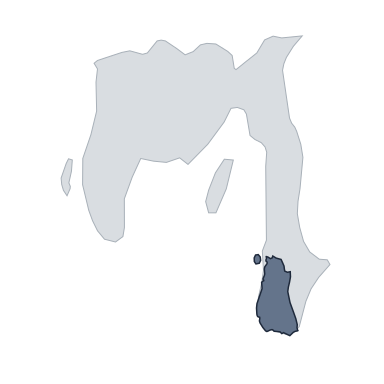 Haiti, with Grand'Anse highlighted, rotated 263°
{"feature_id": "HTI-1359", "entity_name": "Grand'Anse", "entity_type": "Department", "adm_level": 1, "iso_a3": "HTI", "parent_name": "Haiti", "parent_adm1": "", "projection": "robinson", "projection_center": [-74.06, 18.515], "detail": "fine", "context": "in_parent", "style": "filled", "palette": "slate", "viewbox_px": 384, "rotation_deg": 263, "n_neighbors": 0, "source": "natural_earth", "source_scale": "10m", "svg_char_len": 2522}
<svg xmlns="http://www.w3.org/2000/svg" viewBox="0 0 384 384"><g transform="rotate(263 192 192)"><path d="M331.7,110.5L334.1,114.3L339.1,139.5L339.7,147.5L334.7,159.7L335.4,164.6L346.2,175.8L346.5,179.9L345.2,184.0L336.0,194.6L329.0,201.9L331.2,210.3L337.0,218.3L337.7,224.9L336.0,233.7L327.2,244.6L322.6,248.5L309.6,249.0L308.1,250.6L314.7,261.2L322.1,273.3L334.1,282.6L336.8,291.5L334.0,299.8L333.5,320.4L324.3,310.4L314.1,302.1L308.1,298.8L301.8,296.7L253.5,297.8L248.1,299.3L243.9,301.9L239.4,303.3L226.1,305.8L212.9,306.3L182.1,299.6L169.9,296.1L157.6,293.9L143.5,294.6L129.4,296.7L118.2,301.5L109.8,310.1L108.2,318.0L103.2,320.1L91.9,307.4L81.4,298.4L69.6,291.7L45.2,282.0L40.7,276.2L38.7,269.1L48.6,247.2L59.8,243.2L66.0,242.5L79.8,245.2L93.3,250.1L105.7,253.4L124.8,254.6L135.1,260.0L208.5,268.3L222.4,271.0L227.8,270.0L232.5,266.8L236.4,260.9L241.0,256.5L262.7,255.5L267.3,253.5L270.4,247.3L270.3,240.9L257.5,232.4L237.5,213.5L219.9,191.4L227.4,183.9L224.5,170.2L227.3,157.6L231.5,145.2L214.1,134.5L193.5,124.0L165.0,120.6L156.2,118.0L151.7,110.0L155.8,99.4L165.0,93.5L175.6,89.8L186.4,87.3L212.6,84.3L238.6,87.7L261.1,98.6L283.9,107.2L312.7,110.1L325.7,113.2L331.7,110.5ZM220.6,228.1L218.7,236.9L190.9,226.4L168.4,213.2L169.3,206.0L180.8,204.4L191.9,208.8L208.2,217.6L220.6,228.1ZM235.6,70.6L240.0,73.5L238.4,77.1L227.4,74.9L216.1,70.9L212.4,71.9L210.1,71.4L203.5,67.5L209.3,64.6L215.3,63.6L221.8,63.8L235.6,70.6Z" fill="#d9dde1" stroke="#a8b0b8" stroke-width="1"/><path d="M41.5,280.2L41.3,279.7L41.1,277.3L40.4,275.5L37.5,271.6L41.3,265.6L41.0,265.1L40.5,263.9L42.5,262.3L43.8,256.5L45.4,255.3L45.7,254.6L45.5,253.1L45.1,251.6L44.7,250.6L44.4,249.3L45.2,248.1L48.9,245.8L53.7,243.6L55.8,243.2L58.3,243.9L59.4,243.9L59.9,242.8L60.4,242.0L61.6,241.6L62.9,241.5L69.0,241.9L73.3,242.9L87.6,249.8L93.8,250.1L94.0,250.3L94.8,251.2L94.9,251.5L95.2,252.4L95.8,252.4L96.5,251.9L97.2,251.9L100.4,253.7L101.8,254.2L106.6,254.4L107.8,254.7L109.1,255.3L111.4,257.5L112.1,257.9L113.2,258.0L113.8,257.6L114.1,257.2L114.7,257.0L115.8,257.2L117.1,257.9L118.1,257.9L118.8,257.6L119.1,257.3L118.2,259.4L116.3,261.7L116.8,263.5L118.6,264.4L116.2,267.4L114.2,272.2L110.7,273.3L107.3,274.3L104.7,274.3L102.2,274.4L100.7,276.9L100.9,279.8L95.8,279.4L90.6,277.8L86.0,276.1L81.5,274.9L70.4,275.8L59.5,278.3L53.6,279.6L47.5,280.3L44.5,279.7L41.9,280.0L41.5,280.2ZM112.8,246.7L115.4,245.4L119.0,245.7L121.7,247.4L121.8,250.1L119.2,251.8L115.8,251.8L113.1,250.1L112.8,246.7Z" fill="#64748b" stroke="#1e293b" stroke-width="1.5"/></g></svg>